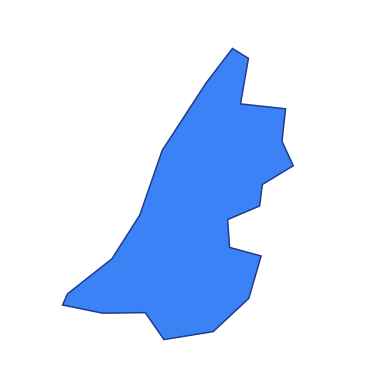 an SVG outline of Lobatse, rotated 18°
{"feature_id": "BWA-5503", "entity_name": "Lobatse", "entity_type": "Town", "adm_level": 1, "iso_a3": "BWA", "parent_name": "Botswana", "parent_adm1": "", "projection": "robinson", "projection_center": [25.686, -25.205], "detail": "fine", "context": "isolated", "style": "filled", "palette": "blue", "viewbox_px": 384, "rotation_deg": 18, "n_neighbors": 0, "source": "natural_earth", "source_scale": "10m", "svg_char_len": 440}
<svg xmlns="http://www.w3.org/2000/svg" viewBox="0 0 384 384"><g transform="rotate(18 192 192)"><path d="M186.1,43.0L204.4,47.5L210.9,93.2L255.3,84.0L261.9,116.0L280.2,135.7L256.6,163.1L260.6,184.4L234.4,207.2L244.9,233.1L277.5,231.5L278.9,275.6L255.3,318.2L210.9,341.0L184.8,321.2L144.3,334.9L103.8,339.5L105.1,327.3L136.5,280.2L149.5,230.0L150.8,161.6L171.7,84.0L186.1,43.0Z" fill="#3b82f6" stroke="#1e3a8a" stroke-width="1.5"/></g></svg>